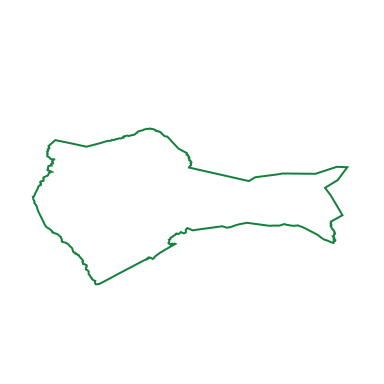 the district of Hurdal nor, Akershus, Norway, rotated 169°
{"feature_id": "86288312B40852234595117", "entity_name": "Hurdal nor", "entity_type": "district", "adm_level": 2, "iso_a3": "NOR", "parent_name": "Norway", "parent_adm1": "Akershus", "projection": "equal_earth", "projection_center": [10.985, 60.427], "detail": "fine", "context": "isolated", "style": "outline", "palette": "green", "viewbox_px": 384, "rotation_deg": 169, "n_neighbors": 0, "source": "geoboundaries", "source_scale": "gbopen_adm2", "svg_char_len": 5952}
<svg xmlns="http://www.w3.org/2000/svg" viewBox="0 0 384 384"><g transform="rotate(169 192 192)"><path d="M303.9,119.7L300.6,119.4L290.2,122.5L280.3,125.6L254.7,133.3L251.1,134.3L249.3,134.5L247.5,135.1L248.2,135.5L246.8,136.1L246.2,135.8L244.5,135.0L244.2,134.5L243.5,133.8L242.5,134.1L241.7,134.4L241.0,135.5L240.5,135.8L235.1,138.4L233.6,138.9L232.8,139.0L232.4,139.4L222.0,143.0L218.2,144.2L218.6,144.5L221.0,145.0L222.3,144.9L223.2,144.5L223.4,144.6L223.5,144.9L223.8,145.1L223.9,145.5L224.4,145.7L224.9,146.2L224.8,146.5L224.3,146.9L224.0,147.3L223.8,148.0L223.6,148.3L223.6,148.7L223.4,149.1L223.6,149.5L222.7,149.6L222.1,150.1L222.0,150.3L222.1,150.5L221.9,150.8L221.7,151.3L219.6,151.9L218.9,152.4L217.7,152.7L217.0,153.0L216.4,153.4L216.1,153.9L215.6,154.1L215.2,154.1L215.2,153.9L214.9,153.7L214.2,153.8L213.7,153.5L213.2,153.4L212.3,153.7L211.4,154.3L210.6,154.8L210.2,154.6L209.7,154.0L207.7,152.9L206.6,153.3L205.8,153.4L205.7,153.5L205.5,154.0L205.5,155.1L205.4,155.5L205.4,155.9L205.2,156.2L204.8,156.3L204.6,156.7L204.0,157.2L203.4,157.5L198.6,154.2L197.3,154.1L195.3,154.1L168.8,152.6L164.8,150.4L164.3,150.3L161.4,150.2L160.6,150.2L156.5,150.9L151.7,151.3L144.0,151.3L122.3,144.0L119.0,143.6L112.4,142.3L107.8,142.9L107.2,142.8L105.4,141.7L103.5,141.1L102.1,140.4L100.4,140.0L99.4,139.5L94.4,139.0L90.4,136.6L87.6,134.5L76.7,125.9L75.7,124.7L74.2,122.9L71.9,120.6L70.3,119.4L69.4,119.1L66.8,117.4L65.3,116.3L63.0,115.0L62.8,115.0L62.6,115.2L62.9,115.8L62.4,116.1L62.0,116.8L61.7,116.8L61.6,116.6L61.1,116.6L61.1,116.8L61.2,117.4L60.9,117.5L61.3,117.8L61.9,117.9L61.7,118.4L61.3,118.6L61.8,119.0L61.4,119.4L61.5,119.8L61.3,120.0L61.5,120.3L61.3,120.5L62.0,121.1L61.7,121.6L61.9,121.8L61.3,121.9L60.9,122.5L60.6,123.1L60.0,123.3L59.9,123.5L59.6,123.8L59.7,124.0L59.6,124.3L60.0,124.5L59.8,124.8L60.0,125.4L59.8,125.8L60.0,126.4L59.9,126.5L60.4,127.1L60.4,127.5L60.7,127.7L60.7,127.9L61.2,128.5L61.2,129.0L61.5,129.3L61.9,130.9L62.3,131.6L61.8,132.1L62.0,132.5L61.6,132.6L61.6,133.2L62.0,133.5L61.9,133.7L61.6,133.9L61.9,134.3L62.0,134.7L61.8,135.0L61.3,135.4L61.3,135.7L61.5,135.8L61.4,136.4L48.7,140.5L56.5,162.3L60.6,170.7L46.7,175.9L34.8,186.7L45.1,189.1L67.3,186.3L99.1,192.8L105.3,193.0L127.0,194.4L134.1,191.9L190.3,216.6L189.9,217.2L188.7,218.0L187.7,218.6L187.6,219.4L187.9,220.4L187.8,220.6L187.5,220.6L187.1,220.8L186.9,221.0L187.0,221.4L187.3,221.6L187.6,222.1L187.5,222.8L188.0,223.1L188.6,223.8L188.1,224.3L188.3,224.9L188.8,225.6L188.7,225.9L188.8,226.1L188.6,226.3L188.0,226.6L188.1,227.0L188.8,228.0L188.9,228.4L189.3,228.7L189.1,229.1L189.5,229.4L189.7,229.7L189.7,230.1L189.9,230.1L189.5,230.7L189.6,231.1L197.0,237.2L202.2,245.5L205.5,250.9L205.9,251.2L207.2,251.5L208.6,252.4L208.9,252.9L209.8,254.1L210.1,254.6L210.8,255.2L210.7,255.6L211.3,256.6L212.2,257.2L213.0,257.4L213.3,257.7L213.3,258.0L216.1,259.1L216.2,259.6L216.2,259.9L217.0,260.3L217.8,261.0L220.3,261.8L220.9,262.3L221.7,262.4L223.0,262.2L224.3,262.7L225.9,262.4L227.1,262.5L229.3,261.9L232.1,261.9L233.7,261.5L234.1,261.3L234.1,260.9L234.3,260.7L234.7,260.5L236.0,260.3L236.4,260.0L236.8,259.6L237.2,259.4L238.9,259.2L239.1,259.3L239.9,259.2L241.4,259.3L242.4,259.0L243.2,259.0L244.9,259.8L247.3,259.5L247.9,259.7L248.4,259.7L248.8,259.4L248.4,258.8L248.6,258.4L248.9,258.3L250.2,258.6L251.0,258.2L251.7,258.1L252.8,258.5L253.6,258.6L255.2,258.2L256.7,258.5L257.8,258.0L258.7,257.9L259.3,258.2L260.1,258.2L260.6,258.5L261.7,257.9L262.3,257.8L263.9,258.0L264.2,258.2L265.8,258.2L272.6,257.5L287.0,256.6L299.7,262.1L316.3,269.0L324.0,264.5L324.0,263.9L323.7,263.3L324.1,262.9L324.0,262.7L324.0,262.4L323.8,262.2L324.5,261.6L325.1,261.5L324.8,261.1L324.9,260.9L325.3,260.7L325.4,260.2L325.7,260.0L325.9,259.6L326.1,259.5L326.0,259.3L326.3,259.2L326.2,258.8L326.6,257.9L326.4,257.2L326.8,257.1L326.9,256.9L326.8,255.7L327.2,255.1L327.3,254.8L327.2,254.5L326.6,254.2L325.2,252.8L325.1,252.3L324.5,251.5L323.0,250.8L320.2,250.3L321.4,250.1L322.3,250.1L322.3,249.9L323.0,249.6L323.1,249.2L323.6,248.7L322.9,247.8L322.9,246.7L324.1,246.7L324.9,246.4L325.2,245.6L324.9,245.2L324.8,244.8L326.9,244.9L328.0,244.8L328.2,244.3L328.7,243.5L328.9,242.2L329.3,241.7L329.7,241.4L329.6,241.0L329.1,240.6L327.4,239.7L325.9,238.6L326.8,238.6L327.7,238.2L328.2,238.3L328.8,238.0L328.9,237.7L329.2,237.6L329.4,236.9L329.6,236.6L329.8,236.5L330.3,235.7L334.9,234.7L335.2,234.2L335.1,233.9L335.4,233.7L335.5,233.5L335.2,232.8L335.3,232.5L335.3,232.3L335.7,231.3L337.9,231.3L339.0,230.9L339.1,230.6L339.0,230.3L339.1,230.1L338.8,229.8L338.6,229.2L338.9,228.7L339.1,228.5L338.9,228.0L339.4,227.5L340.7,227.5L341.4,226.8L341.8,226.7L341.9,226.3L342.4,225.5L344.3,222.8L345.7,221.3L346.1,220.5L348.3,217.5L349.0,217.6L348.9,217.1L349.1,216.4L349.2,215.4L348.8,213.8L348.6,213.4L348.5,212.9L348.3,212.5L348.8,211.8L348.9,211.4L348.6,210.7L348.1,210.0L347.3,208.0L347.1,206.7L346.9,204.1L346.4,201.5L344.9,196.2L342.8,188.2L341.9,185.9L341.1,184.8L339.4,183.5L336.5,179.9L336.9,179.4L336.7,179.0L335.3,178.1L335.1,177.9L334.8,177.9L334.3,177.6L331.9,176.1L329.9,173.5L329.3,172.9L329.5,171.9L329.0,171.0L328.9,170.0L328.9,168.9L329.2,168.7L329.0,167.9L328.5,167.6L327.5,167.2L325.6,166.2L324.2,165.1L323.2,164.0L322.7,163.2L322.5,162.6L320.3,159.5L320.1,156.1L319.8,155.7L319.3,154.9L318.9,154.8L318.5,154.9L318.3,154.8L318.2,154.5L318.2,153.8L317.7,153.8L317.3,153.4L317.3,153.1L316.9,153.0L316.9,152.9L316.6,152.7L316.3,152.4L315.9,151.8L315.9,151.7L315.2,151.6L314.8,150.2L312.1,145.6L312.1,144.8L312.6,144.0L312.9,144.0L312.6,143.0L312.8,142.5L312.7,142.2L312.2,141.9L311.3,141.7L310.9,141.3L310.2,140.8L310.0,140.3L309.5,140.3L309.4,139.8L309.5,139.1L309.8,138.4L310.1,138.1L310.5,137.9L311.0,136.5L311.0,136.3L309.3,135.0L308.6,133.5L309.2,131.2L308.0,129.2L307.9,128.2L307.5,127.6L307.2,127.3L307.3,127.0L306.9,126.6L307.0,126.2L306.9,125.8L306.5,125.5L306.2,124.8L303.9,123.1L304.5,122.2L304.5,120.7L303.9,119.7Z" fill="none" stroke="#15803d" stroke-width="2"/></g></svg>